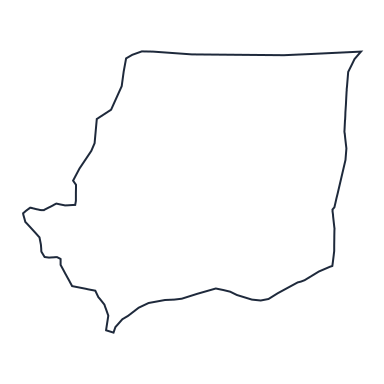 At Tawisha, North Darfur, Sudan
{"feature_id": "16777658B99134318369126", "entity_name": "At Tawisha", "entity_type": "district", "adm_level": 2, "iso_a3": "SDN", "parent_name": "Sudan", "parent_adm1": "North Darfur", "projection": "albers", "projection_center": [26.309, 12.46], "detail": "fine", "context": "isolated", "style": "outline", "palette": "slate", "viewbox_px": 384, "rotation_deg": 0, "n_neighbors": 0, "source": "geoboundaries", "source_scale": "gbopen_adm2", "svg_char_len": 2680}
<svg xmlns="http://www.w3.org/2000/svg" viewBox="0 0 384 384"><path d="M332.3,266.0L332.4,265.5L332.9,261.8L333.7,255.3L334.2,251.0L334.2,250.8L334.2,245.0L334.3,238.3L334.3,236.6L334.4,231.1L334.5,228.2L334.4,228.0L333.1,216.4L333.0,214.7L332.5,211.1L332.6,210.9L332.5,209.5L334.4,207.3L335.4,203.0L336.5,198.1L337.6,193.7L345.5,159.9L345.5,159.7L346.4,148.5L345.9,144.2L345.2,138.1L344.7,133.3L344.6,133.2L344.4,131.4L344.5,130.3L345.0,120.1L345.1,119.7L345.3,115.7L345.4,112.4L345.9,104.9L346.2,98.9L346.2,98.7L346.6,91.3L346.7,90.8L346.7,89.2L347.0,86.4L347.6,79.2L348.2,71.9L351.7,64.9L353.3,61.6L354.5,59.1L360.1,52.6L361.0,51.6L311.0,54.0L284.0,55.2L191.9,54.4L152.9,51.6L141.8,51.4L132.3,54.8L126.1,58.4L123.7,71.5L121.7,86.2L111.1,109.7L96.8,119.0L95.9,128.9L94.6,143.2L91.3,150.9L79.5,168.5L73.1,180.6L73.4,181.1L76.0,184.8L76.0,185.6L76.0,188.1L75.9,192.4L75.9,195.8L75.9,196.2L75.9,198.0L75.9,199.1L75.9,199.7L75.9,200.7L75.9,200.8L75.2,204.9L72.7,205.0L67.9,205.3L66.6,205.3L66.2,205.4L65.1,205.4L64.9,205.4L64.1,205.2L60.0,204.4L56.9,203.7L56.3,203.6L54.9,204.3L53.4,205.1L53.0,205.4L49.9,207.0L49.2,207.3L44.3,209.8L44.0,210.1L43.0,210.1L42.1,210.1L41.3,210.1L41.0,210.1L40.1,210.0L38.5,209.6L37.1,209.3L36.9,209.3L35.3,208.9L35.2,208.9L34.8,208.8L34.6,208.7L32.8,208.3L32.6,208.2L31.5,208.0L31.5,207.9L31.1,207.8L30.4,207.7L30.2,207.7L30.1,207.8L29.9,207.9L29.5,208.2L29.3,208.3L29.2,208.5L28.9,208.6L28.7,208.8L28.3,209.1L28.1,209.2L28.0,209.3L27.7,209.5L27.4,209.8L27.0,210.0L26.9,210.1L26.7,210.3L26.1,210.7L26.0,210.8L25.7,211.0L25.2,211.5L23.8,212.7L23.7,212.8L23.5,213.0L23.4,213.1L23.1,213.3L23.3,214.6L23.4,215.0L24.6,219.2L24.7,219.7L24.9,220.3L25.3,221.9L27.4,224.1L28.4,225.2L29.9,226.8L33.0,230.2L35.2,232.6L35.3,232.7L38.3,236.1L38.7,236.5L39.5,237.4L39.6,237.9L39.6,238.0L39.7,238.5L40.8,244.1L41.0,245.5L41.0,245.9L41.2,248.4L41.3,250.9L41.4,251.7L44.6,257.0L49.0,257.6L52.0,257.4L54.1,257.3L54.8,257.2L56.9,257.1L57.0,257.1L60.5,258.9L60.6,259.0L60.6,259.7L60.6,260.5L60.6,261.3L60.6,261.9L60.6,263.3L60.6,264.6L60.6,264.9L63.0,269.3L65.5,274.0L65.8,274.5L67.1,276.9L69.5,281.2L70.1,282.4L71.1,284.2L72.1,286.1L85.9,288.8L88.0,289.3L90.6,289.8L92.8,290.2L95.3,290.7L97.6,295.6L97.7,295.8L97.9,296.1L98.3,297.1L99.8,298.8L104.4,304.6L105.2,307.0L106.0,309.1L108.3,315.7L106.1,329.9L106.1,330.3L113.5,332.6L115.4,327.1L122.4,319.2L128.0,315.9L138.7,307.7L148.6,303.0L165.0,300.0L174.3,299.6L181.8,298.7L197.3,293.8L215.8,288.5L223.2,290.0L230.2,291.7L236.9,295.0L251.9,299.6L260.7,300.5L268.5,299.0L277.8,293.2L297.7,282.4L300.9,281.6L304.6,280.2L318.9,271.5L330.3,266.6L331.4,266.3L332.3,266.0Z" fill="none" stroke="#1e293b" stroke-width="2"/></svg>